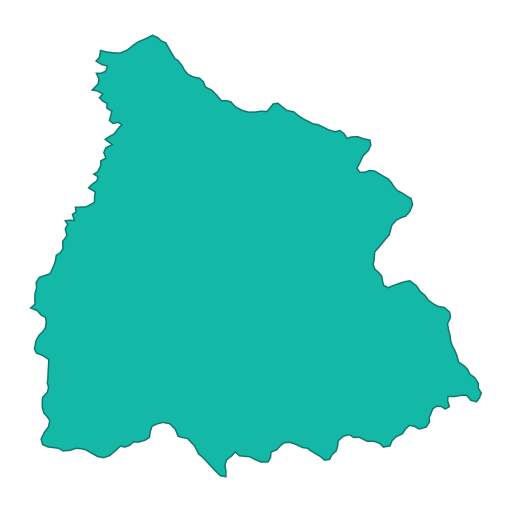 the district of Estrela do Indaiá, Minas Gerais, Brazil
{"feature_id": "56859067B45497715558707", "entity_name": "Estrela do Indaiá", "entity_type": "district", "adm_level": 2, "iso_a3": "BRA", "parent_name": "Brazil", "parent_adm1": "Minas Gerais", "projection": "orthographic", "projection_center": [-45.808, -19.573], "detail": "fine", "context": "isolated", "style": "filled", "palette": "teal", "viewbox_px": 512, "rotation_deg": 0, "n_neighbors": 0, "source": "geoboundaries", "source_scale": "gbopen_adm2", "svg_char_len": 3850}
<svg xmlns="http://www.w3.org/2000/svg" viewBox="0 0 512 512"><path d="M63.0,450.9L70.1,450.3L76.0,448.3L80.8,448.6L85.9,449.8L91.5,453.1L97.6,456.5L103.7,457.7L109.8,455.5L115.9,450.3L120.5,445.9L124.6,447.1L129.4,445.4L133.7,441.8L138.0,442.1L144.8,440.3L149.4,437.4L150.2,431.8L152.1,426.1L157.5,423.7L163.1,422.4L169.8,423.7L175.3,429.2L178.2,436.4L183.0,437.6L187.5,438.4L191.3,442.5L194.6,445.8L196.6,449.8L198.6,454.0L202.1,456.7L206.1,460.8L210.7,465.9L215.7,471.2L220.4,475.7L225.9,476.7L225.9,470.9L225.0,465.1L226.6,459.8L231.8,455.8L235.2,451.9L239.5,455.8L243.8,456.2L249.7,456.7L254.7,459.3L261.2,462.1L268.2,461.8L270.5,457.4L271.0,452.1L276.9,449.7L280.4,445.6L284.2,442.7L290.1,442.4L296.2,444.4L302.6,447.6L307.2,448.1L311.0,450.9L315.6,453.6L320.1,456.3L324.6,460.1L329.6,459.4L331.8,454.9L336.2,450.9L337.6,446.3L338.2,440.8L343.4,436.2L349.4,434.6L353.4,437.4L359.8,437.4L367.0,441.2L374.1,441.3L379.8,443.4L383.4,447.1L390.0,445.9L391.8,441.1L395.7,437.0L402.4,433.7L405.9,428.6L409.5,425.4L414.5,426.3L419.1,429.0L426.1,427.1L429.5,422.0L429.2,417.4L431.1,413.1L432.7,409.0L436.1,406.4L441.1,406.4L445.3,409.0L449.4,406.6L447.7,401.3L447.9,396.5L454.2,396.5L461.5,395.3L466.9,395.4L470.7,400.2L476.5,401.8L479.4,397.9L481.3,393.0L478.3,388.2L478.3,383.3L474.9,377.9L469.9,374.2L467.7,369.5L464.5,366.2L458.6,362.0L456.8,355.3L454.5,349.8L452.2,345.9L450.7,340.9L450.0,335.2L448.6,330.0L447.5,323.7L450.6,317.2L449.5,312.1L444.4,307.5L437.7,306.3L433.0,303.7L428.2,300.1L425.0,295.5L420.5,291.8L416.4,285.8L409.9,280.8L404.6,281.7L398.7,283.6L392.8,285.8L388.3,287.7L383.8,285.5L382.5,281.2L381.7,276.1L378.9,272.8L374.8,269.1L373.1,264.5L374.1,260.0L374.7,251.8L379.4,246.7L382.5,242.8L386.0,238.5L389.2,235.0L390.3,230.6L391.9,225.1L396.3,220.2L401.1,217.6L405.6,216.2L409.9,211.3L412.6,204.6L411.0,198.5L406.9,196.2L402.0,193.0L396.9,190.3L394.0,186.7L391.3,182.6L388.3,179.0L383.7,176.5L379.2,173.7L374.4,171.0L369.5,170.5L365.0,172.2L359.7,172.3L357.0,168.1L359.8,162.8L363.1,155.8L368.3,150.5L370.8,145.0L369.8,140.0L363.7,138.9L357.5,136.6L351.5,137.0L347.0,138.4L344.4,134.1L339.9,130.5L335.1,131.8L328.3,129.8L321.8,126.4L317.6,124.5L313.2,124.0L309.5,122.0L303.8,119.2L298.0,115.5L293.8,111.9L286.8,110.4L282.0,106.7L277.9,103.2L273.2,103.9L270.4,107.5L267.0,111.5L260.6,111.2L255.4,112.1L248.6,112.2L242.2,110.4L235.2,106.7L230.8,101.8L226.1,100.6L221.3,100.8L217.0,95.5L211.7,90.2L205.4,87.0L203.4,81.8L199.5,78.2L193.3,77.0L187.9,74.3L184.5,70.2L182.2,65.9L178.4,61.0L174.7,58.4L172.2,54.1L168.5,47.8L165.8,42.8L161.3,41.0L157.9,37.7L152.4,35.3L146.5,38.4L142.0,40.3L137.9,42.0L133.1,45.4L127.4,50.0L120.2,53.1L113.3,52.9L106.3,51.9L100.5,50.5L99.6,57.0L96.1,61.1L101.7,64.5L107.6,66.1L105.8,71.2L101.0,73.3L96.4,73.3L99.0,78.9L98.1,84.0L92.2,90.0L97.2,90.9L102.8,93.8L99.5,97.8L102.7,101.1L107.0,103.3L106.9,108.1L111.8,111.2L109.5,120.4L113.1,123.5L117.9,122.3L122.0,124.5L118.2,128.6L114.2,133.9L109.0,136.8L105.2,139.4L108.8,142.0L112.4,144.7L105.9,147.7L103.8,152.4L105.9,158.3L100.8,160.7L100.6,166.0L97.7,171.7L93.8,174.2L97.9,176.6L97.0,180.9L92.5,184.0L88.6,187.9L95.4,192.0L94.6,196.5L94.5,202.2L90.8,204.5L85.9,206.9L80.2,207.2L75.4,207.2L76.1,212.0L72.4,214.4L74.6,220.5L70.0,220.2L65.3,220.7L67.7,224.5L65.3,228.9L66.9,235.7L62.7,241.4L62.9,248.9L60.2,252.8L56.3,255.3L55.2,261.9L53.0,267.5L50.0,273.8L44.9,275.5L39.4,277.4L36.2,282.4L36.6,288.1L35.0,293.5L34.8,299.1L35.1,304.1L30.7,308.0L37.4,310.7L41.0,315.0L45.7,317.4L46.2,322.5L45.5,327.5L42.8,331.8L39.4,334.8L36.2,340.3L34.4,348.8L36.5,353.1L42.4,355.3L48.7,359.4L48.6,364.1L48.1,372.6L47.9,378.4L47.3,383.0L48.6,387.4L47.3,392.4L42.6,397.4L42.2,403.4L42.4,408.0L44.0,413.2L47.4,416.9L49.7,420.6L48.6,426.6L44.3,432.5L41.1,439.1L42.6,444.5L47.9,446.9L53.4,447.6L58.8,448.3L63.0,450.9Z" fill="#14b8a6" stroke="#0f766e" stroke-width="1.5"/></svg>